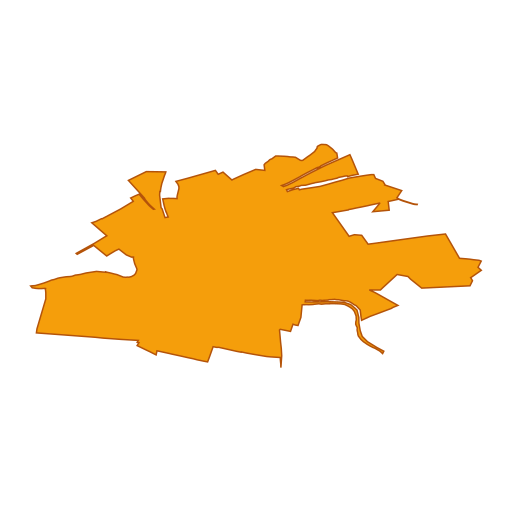 Bauska, Bauska, Latvia
{"feature_id": "27541924B8748628129152", "entity_name": "Bauska", "entity_type": "district", "adm_level": 2, "iso_a3": "LVA", "parent_name": "Latvia", "parent_adm1": "Bauska", "projection": "natural_earth1", "projection_center": [24.202, 56.407], "detail": "fine", "context": "isolated", "style": "filled", "palette": "amber", "viewbox_px": 512, "rotation_deg": 0, "n_neighbors": 0, "source": "geoboundaries", "source_scale": "gbopen_adm2", "svg_char_len": 6008}
<svg xmlns="http://www.w3.org/2000/svg" viewBox="0 0 512 512"><path d="M298.5,188.3L292.8,189.7L287.4,191.6L286.5,189.7L288.1,189.2L290.1,188.8L293.1,188.2L294.6,187.5L295.8,186.7L297.4,186.5L299.5,186.1L301.2,185.4L305.6,185.2L311.1,183.7L311.8,183.5L314.2,183.0L314.8,182.8L315.0,182.7L321.0,181.7L323.7,181.1L325.9,180.6L328.4,179.9L331.6,179.5L333.8,178.9L337.0,178.2L338.7,177.4L341.2,176.9L342.8,176.6L344.3,176.2L347.1,175.8L347.5,176.6L351.6,175.5L352.9,175.2L358.2,174.2L352.0,159.4L349.9,154.7L326.7,164.9L321.3,167.5L311.0,172.7L306.8,174.9L297.9,179.7L297.2,180.1L292.4,182.7L286.8,185.4L285.8,185.7L283.4,186.6L283.2,186.4L281.6,185.5L283.9,184.7L286.3,183.7L288.7,182.6L294.5,179.6L300.1,176.6L301.9,175.5L307.1,172.7L313.8,169.3L317.1,167.6L317.2,168.0L320.3,166.4L320.7,165.9L323.5,164.5L327.2,162.7L330.3,161.3L333.4,159.9L337.6,158.0L336.8,153.1L336.4,153.0L335.6,152.5L334.9,151.8L332.9,149.5L331.9,148.6L328.6,146.0L326.7,144.8L325.7,144.6L321.6,144.4L321.2,144.5L320.5,144.7L318.8,145.6L318.2,145.9L317.7,146.2L317.3,146.6L317.1,147.3L317.0,148.2L315.2,150.6L314.6,151.6L313.7,152.2L313.0,152.8L310.2,155.0L307.4,156.9L302.8,160.3L302.4,160.4L301.9,160.5L300.8,160.4L300.2,160.2L295.5,157.3L294.5,157.2L293.1,157.0L290.1,156.9L287.5,156.5L284.6,156.3L277.6,156.0L275.7,156.0L271.6,159.0L270.7,159.2L269.8,159.7L268.7,160.7L268.6,161.0L266.0,162.8L265.2,163.4L264.1,164.8L264.8,170.4L255.7,169.4L243.7,174.5L233.6,179.1L231.9,180.0L223.0,172.1L218.2,174.3L215.4,170.4L188.2,178.1L175.9,181.4L176.6,182.4L177.9,184.1L178.9,186.7L178.9,188.6L178.0,192.4L177.3,195.2L177.0,197.0L177.1,198.6L172.9,198.4L170.1,198.4L168.7,198.3L162.7,198.9L164.2,205.9L165.0,208.8L166.1,212.1L166.3,212.1L167.1,214.4L168.2,217.0L165.0,217.6L162.1,208.8L161.1,207.7L160.1,199.3L159.6,195.1L159.8,191.5L160.4,191.5L160.6,189.6L160.9,187.7L161.4,185.4L161.9,183.2L163.0,180.0L164.4,175.8L165.6,172.8L165.8,171.9L146.3,171.6L128.4,180.4L142.1,195.5L144.5,198.2L144.4,198.4L145.5,200.0L148.2,203.3L150.3,205.5L153.8,208.7L154.3,209.1L153.4,209.3L150.3,206.7L148.8,205.3L143.5,199.4L139.1,194.2L134.9,196.0L130.7,198.0L133.3,201.3L133.2,201.4L131.2,202.6L120.6,209.0L102.1,218.8L101.8,218.7L101.5,218.7L96.0,221.4L91.8,222.8L100.2,230.1L106.8,235.8L104.7,237.0L100.8,239.4L93.7,243.7L76.2,253.4L77.2,254.3L87.4,248.8L93.7,245.4L106.7,256.0L109.9,254.0L115.4,250.7L118.9,249.1L126.3,254.9L131.5,257.1L133.5,257.1L133.4,258.5L134.7,263.7L136.7,268.4L137.0,269.8L136.4,271.3L135.6,273.5L134.0,275.2L131.4,276.6L128.9,277.2L127.4,277.1L125.8,277.3L123.3,277.1L117.0,274.6L113.9,273.9L111.7,273.3L109.6,272.8L107.7,272.4L105.8,271.9L105.9,272.3L96.5,271.4L86.0,273.0L80.5,274.4L78.6,274.7L76.3,275.0L75.3,275.1L72.3,276.2L71.2,276.4L69.4,276.6L67.2,276.7L65.3,276.9L60.2,277.7L57.9,278.2L56.5,278.7L54.2,279.5L51.4,280.1L49.4,281.0L44.0,283.0L38.4,284.7L35.2,285.6L33.7,285.7L32.1,285.8L30.7,286.0L32.0,287.5L32.2,287.8L33.6,288.0L35.9,288.4L38.7,288.6L40.4,288.6L41.2,288.6L44.3,288.4L45.1,288.4L45.6,288.5L45.5,289.0L45.3,289.4L45.4,289.6L45.5,289.8L45.8,292.8L45.8,299.0L45.5,299.9L37.0,328.7L36.8,330.0L36.4,332.9L58.1,334.5L95.6,337.3L103.1,338.1L121.1,339.4L136.7,340.3L138.3,340.4L137.2,342.3L138.9,342.7L137.1,345.6L146.4,350.1L149.8,351.7L156.1,354.9L157.0,350.8L169.8,353.6L170.9,353.9L179.7,355.8L182.8,356.5L187.2,357.5L193.4,358.8L197.1,359.8L201.5,360.7L203.4,361.1L207.6,361.9L209.3,357.4L211.9,350.1L213.1,346.7L216.8,347.4L218.7,347.3L236.9,351.4L241.2,352.2L241.3,351.9L246.2,353.0L254.0,354.4L266.5,356.5L270.8,356.9L280.3,357.5L280.4,360.2L280.8,364.4L280.8,365.5L280.9,367.6L281.7,355.8L281.3,348.6L280.6,342.3L279.5,330.0L280.2,329.3L290.5,331.4L293.0,324.2L294.3,324.7L295.2,325.0L296.3,325.2L298.0,325.5L300.9,317.4L302.1,304.9L302.9,304.7L304.7,304.7L306.1,304.6L308.8,304.7L313.1,304.5L313.9,304.3L318.8,303.8L321.5,304.2L325.5,303.8L329.6,303.8L329.6,303.6L335.9,303.7L340.8,303.9L343.0,304.2L344.8,304.5L347.9,306.0L350.0,307.2L352.5,309.0L354.4,311.5L356.1,316.0L356.3,319.9L355.8,321.9L355.7,324.1L356.3,325.8L356.9,326.9L357.3,327.9L357.1,329.3L357.2,330.7L357.7,332.8L357.9,334.6L358.4,336.1L360.9,339.4L363.5,341.8L364.6,342.5L367.0,344.2L369.4,345.6L370.4,346.2L371.5,346.7L372.5,347.3L374.5,348.1L375.4,348.5L376.0,348.9L378.1,350.1L378.7,350.4L380.1,351.3L382.6,353.6L383.8,351.2L376.9,347.5L367.5,341.7L362.2,336.4L360.2,330.6L358.9,323.1L358.8,317.4L357.0,310.1L354.7,307.9L350.7,304.6L344.4,302.4L338.7,302.0L328.1,301.7L311.6,302.0L305.2,301.9L305.4,300.2L306.8,300.3L311.5,300.2L312.1,300.3L318.0,300.6L319.5,300.2L321.0,300.2L321.8,300.5L323.6,300.3L325.2,300.2L325.9,300.2L328.3,300.0L328.8,299.7L330.3,299.6L331.4,299.6L332.2,299.5L333.2,299.5L334.4,299.3L336.8,299.7L338.6,299.7L339.2,299.8L341.6,300.3L344.0,300.7L346.6,300.8L347.8,301.1L350.0,302.0L351.4,302.8L352.6,303.6L353.8,304.5L356.2,305.7L359.1,308.8L360.2,310.0L361.0,316.6L361.6,320.3L370.0,316.4L391.2,308.5L393.2,307.3L397.9,305.4L388.6,300.2L380.8,295.8L376.5,293.4L373.8,292.0L371.5,291.0L369.3,289.9L373.0,290.0L380.4,290.0L382.8,287.7L397.1,274.5L408.0,276.5L410.5,279.1L421.7,288.1L470.0,285.8L472.5,280.7L470.7,277.6L471.0,277.5L481.3,270.3L478.0,267.3L481.2,261.1L479.0,260.3L473.4,259.7L470.0,259.2L466.0,258.8L459.5,258.3L445.5,234.0L427.5,236.0L368.1,244.2L361.7,235.3L354.4,234.7L349.1,236.3L332.4,212.7L348.5,209.9L348.8,209.5L351.8,209.0L355.7,208.1L358.8,207.5L361.4,207.0L368.1,205.6L370.1,205.1L378.5,203.3L379.6,203.1L379.7,203.3L379.1,204.1L377.6,206.0L372.8,211.7L389.2,210.2L388.2,201.5L398.6,199.2L400.9,200.2L403.0,201.0L412.7,204.0L413.5,204.2L414.4,204.4L415.3,204.5L417.1,204.6L417.2,204.3L415.7,204.2L414.3,204.0L412.9,203.7L405.0,201.2L403.1,200.6L401.2,199.9L399.4,199.2L397.7,198.3L396.9,197.8L401.7,190.6L384.8,185.0L385.0,184.7L382.9,181.3L375.5,178.4L373.8,174.6L371.3,174.6L366.9,175.2L359.7,176.3L349.1,178.1L342.0,180.3L337.5,181.5L335.6,182.0L328.8,184.0L320.1,186.4L315.6,187.1L301.7,189.2L299.3,189.8L298.5,188.3Z" fill="#f59e0b" stroke="#b45309" stroke-width="1.5"/></svg>